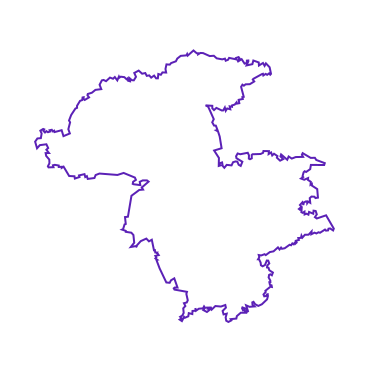 the district of Soledad de Doblado, Veracruz, Mexico, rotated 163°
{"feature_id": "50627088B9477329295961", "entity_name": "Soledad de Doblado", "entity_type": "district", "adm_level": 2, "iso_a3": "MEX", "parent_name": "Mexico", "parent_adm1": "Veracruz", "projection": "mercator", "projection_center": [-96.46, 19.061], "detail": "fine", "context": "isolated", "style": "outline", "palette": "violet", "viewbox_px": 384, "rotation_deg": 163, "n_neighbors": 0, "source": "geoboundaries", "source_scale": "gbopen_adm2", "svg_char_len": 5963}
<svg xmlns="http://www.w3.org/2000/svg" viewBox="0 0 384 384"><g transform="rotate(163 192 192)"><path d="M101.1,301.6L101.9,299.4L104.2,299.4L105.7,304.5L109.7,303.4L109.9,304.6L107.4,305.7L108.0,307.4L110.9,307.3L111.1,306.0L117.3,309.4L118.9,307.9L121.4,307.7L121.5,309.9L124.3,310.0L129.3,312.6L131.3,315.9L135.3,316.8L140.8,321.6L143.3,322.5L145.8,321.9L145.4,322.8L146.9,323.3L149.2,326.9L156.2,323.7L156.3,325.4L157.4,324.3L163.0,325.5L167.1,323.9L169.2,321.7L174.3,321.4L176.0,320.3L179.1,321.5L181.4,317.4L181.8,313.8L185.3,315.0L187.5,313.2L189.7,314.7L191.4,310.7L193.1,311.2L194.2,314.4L197.6,313.3L198.8,316.0L201.3,316.3L201.9,319.4L205.1,319.7L207.5,323.7L212.4,322.7L211.9,318.5L215.0,315.8L216.8,316.5L218.3,318.9L218.9,316.0L220.6,317.1L220.3,319.5L221.6,318.9L223.1,321.6L226.4,323.1L227.9,322.6L228.1,323.8L230.8,320.6L232.2,324.5L234.4,323.4L237.0,325.4L241.8,323.1L243.8,325.0L245.6,325.1L249.0,321.6L248.7,316.9L254.5,317.9L258.7,316.2L263.0,316.2L263.7,315.1L262.8,312.6L267.7,311.4L268.5,312.8L267.9,314.3L269.0,314.4L270.1,312.0L272.4,311.9L276.8,308.0L277.3,306.1L279.1,305.9L285.0,301.0L288.7,296.3L288.2,294.3L291.9,288.2L291.7,283.7L298.6,283.0L298.6,289.2L305.9,289.5L305.9,290.9L307.3,290.6L307.9,292.5L310.1,292.7L309.9,291.3L312.3,291.3L313.5,292.8L315.2,291.9L316.2,293.8L315.0,295.1L315.9,295.8L319.1,295.0L318.7,291.9L320.8,287.7L324.2,288.4L327.3,286.0L327.4,279.1L323.8,281.3L317.3,280.2L316.7,276.1L318.9,275.0L317.4,271.1L320.6,272.0L320.9,269.1L319.0,264.8L319.9,261.2L322.3,258.7L322.0,257.5L317.2,256.2L317.2,258.2L315.3,258.1L311.7,256.3L312.1,254.9L309.2,254.2L309.5,253.2L307.4,253.8L304.8,243.2L299.8,241.4L300.1,239.1L295.2,239.2L295.2,240.9L289.6,240.5L289.7,237.5L287.9,237.9L287.9,235.0L281.2,233.9L279.2,236.4L275.1,236.7L258.3,230.1L251.8,230.2L242.4,222.5L242.1,220.0L245.3,219.0L246.3,217.1L245.6,216.5L239.4,213.7L239.0,217.0L235.7,217.5L231.7,216.3L230.5,214.6L238.7,211.0L238.1,208.6L241.8,209.4L251.0,206.1L260.5,187.1L263.4,187.6L264.7,180.8L266.0,180.7L268.7,176.7L269.9,176.5L266.7,174.2L267.0,173.3L261.9,170.8L260.6,168.0L262.1,160.4L266.6,157.3L261.6,156.7L260.9,155.3L260.9,156.7L255.4,160.0L249.3,160.8L247.6,157.4L244.4,158.1L245.4,147.4L244.5,147.3L244.8,144.9L243.4,144.4L244.4,143.8L243.1,144.0L242.3,141.4L245.7,141.6L245.3,139.8L246.4,139.2L245.1,137.4L245.9,137.5L245.3,128.4L243.0,113.0L239.9,111.7L237.9,113.7L234.2,114.6L233.8,104.9L236.4,105.7L237.6,105.2L237.3,103.8L226.0,98.0L227.2,96.2L227.7,89.7L229.3,87.9L232.2,88.0L231.7,84.9L234.4,83.3L235.3,78.8L237.5,76.6L239.8,76.1L238.9,74.2L241.1,73.6L239.4,71.5L236.1,74.9L235.6,73.8L231.9,74.2L230.5,77.1L227.4,75.2L226.3,78.1L223.3,77.4L222.7,80.0L222.9,77.3L219.6,78.4L215.5,77.5L213.9,79.1L213.3,77.4L215.7,75.8L212.8,72.9L208.2,74.7L211.4,75.9L211.3,77.0L207.7,76.0L207.5,73.8L203.0,76.1L197.8,74.0L193.2,74.2L193.4,71.5L197.5,69.3L197.6,65.7L194.4,65.5L196.5,62.2L196.9,58.9L195.2,57.1L191.9,57.7L192.2,59.1L186.6,58.0L185.4,60.2L180.6,62.3L175.9,60.8L176.5,63.8L177.8,63.9L178.1,66.2L177.5,66.9L174.2,64.3L174.4,61.3L173.3,61.6L173.4,67.8L170.6,65.4L165.7,64.3L167.1,66.6L166.6,68.8L165.3,69.0L164.4,66.2L161.9,63.7L158.0,64.2L151.6,67.4L149.8,70.3L149.5,72.1L150.4,72.1L150.4,70.8L153.4,71.1L153.6,73.1L150.7,74.9L150.7,76.1L144.7,78.5L144.0,78.5L143.6,77.9L143.4,77.8L143.2,79.5L144.6,80.4L144.4,83.1L143.4,82.9L143.0,84.4L143.7,87.9L142.5,90.2L141.2,90.4L140.0,89.0L138.2,91.3L140.9,94.5L141.0,97.2L142.3,97.9L141.5,99.7L139.0,101.1L139.2,104.1L140.5,104.6L143.6,100.8L146.2,100.3L147.5,101.8L147.0,104.5L147.6,108.2L148.4,108.4L146.7,110.0L146.6,112.2L144.4,111.1L140.8,111.3L139.9,110.1L135.1,111.8L131.4,111.4L126.0,113.9L125.1,111.4L123.1,112.8L122.6,111.4L119.8,111.1L114.1,113.0L112.8,112.1L111.1,113.5L110.3,112.4L108.3,113.6L108.4,112.3L106.7,113.1L106.9,115.0L103.8,114.9L103.8,116.9L101.2,116.3L100.1,118.2L99.8,116.1L96.5,118.1L93.0,117.1L89.2,119.3L90.2,116.7L86.7,117.3L85.2,116.0L82.8,116.5L81.5,115.6L75.8,117.2L75.2,115.9L73.1,115.5L72.2,117.0L70.6,116.8L68.3,114.0L67.1,115.5L70.6,130.5L80.4,130.2L81.8,132.0L79.2,134.1L79.3,137.7L81.2,138.6L82.4,135.8L85.9,138.7L87.3,136.3L88.9,137.8L90.9,137.6L90.2,140.3L92.2,139.7L93.3,140.7L92.1,143.8L93.9,143.4L94.7,144.5L91.6,145.8L92.6,148.0L89.4,149.9L89.3,147.0L88.2,149.2L86.0,149.7L84.7,149.4L85.1,147.6L83.6,148.8L82.1,147.1L81.2,151.7L79.1,152.7L76.3,151.7L75.7,150.1L73.2,149.8L71.4,158.2L75.4,163.0L75.0,164.7L76.5,164.3L75.4,167.0L77.6,169.7L76.9,171.4L81.1,170.9L83.8,173.0L81.3,173.8L81.7,174.7L79.5,178.2L78.2,178.9L77.0,177.8L72.3,179.3L70.4,183.1L57.7,179.2L56.6,180.8L63.8,186.3L64.5,188.8L68.5,189.9L74.8,196.8L76.0,195.5L75.5,193.1L82.6,195.1L86.8,194.8L89.2,197.7L91.5,195.0L95.8,201.9L97.0,200.2L95.2,196.8L98.6,196.2L100.8,200.0L99.8,201.4L102.4,204.6L104.6,203.5L104.8,206.7L107.6,205.9L106.5,208.6L111.7,210.3L112.6,208.7L115.3,208.3L123.1,210.4L124.1,209.9L125.0,206.7L127.0,206.4L127.9,207.3L126.8,210.4L127.2,213.2L134.8,214.0L137.1,215.5L139.4,213.3L139.6,211.3L135.0,206.2L137.8,202.7L139.4,204.4L139.8,207.8L141.4,208.5L144.0,208.5L146.4,205.9L150.9,207.8L154.0,205.7L155.0,207.9L154.6,211.5L156.9,211.4L158.0,210.3L156.8,209.1L158.8,209.1L156.3,216.7L158.7,225.2L150.9,225.2L149.3,237.0L149.4,242.3L150.9,243.9L149.5,243.9L149.8,248.5L151.5,249.1L152.3,252.7L149.9,255.3L150.9,263.6L151.6,268.8L153.7,270.9L147.4,268.5L148.1,266.1L147.0,263.9L144.1,265.3L139.6,261.2L138.3,260.9L135.9,263.2L136.0,259.8L133.9,261.6L131.2,259.9L130.9,262.9L128.8,261.8L128.4,263.1L125.6,263.1L123.2,264.7L123.3,263.4L120.8,263.1L120.4,266.5L116.2,266.1L116.1,268.0L114.7,267.9L114.3,278.2L112.4,279.9L111.3,278.5L109.3,279.3L105.2,278.2L100.2,279.5L101.0,281.8L100.2,282.3L90.7,284.3L89.6,284.3L89.7,282.6L87.0,283.4L85.9,282.1L83.6,282.9L82.9,281.3L81.9,281.9L81.3,288.6L83.7,293.4L85.7,291.4L86.4,294.6L91.0,293.4L90.3,296.4L94.9,299.8L96.9,296.6L102.8,297.1L99.9,300.5L99.7,301.3L101.1,301.6Z" fill="none" stroke="#5b21b6" stroke-width="2"/></g></svg>